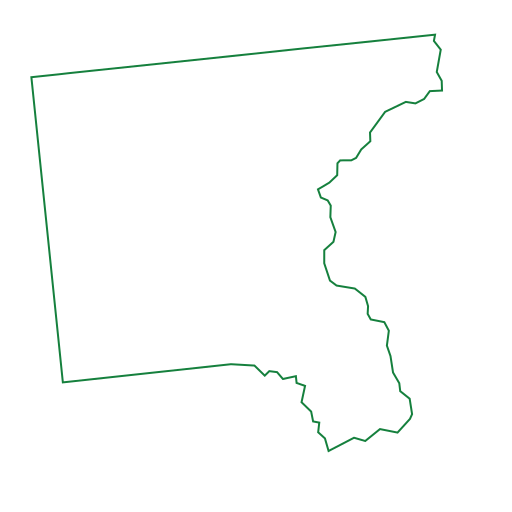 the district of Whitman, Washington, United States of America, rotated 264°
{"feature_id": "52423323B58326499473481", "entity_name": "Whitman", "entity_type": "district", "adm_level": 2, "iso_a3": "USA", "parent_name": "United States of America", "parent_adm1": "Washington", "projection": "mercator", "projection_center": [-117.62, 46.839], "detail": "fine", "context": "isolated", "style": "outline", "palette": "green", "viewbox_px": 512, "rotation_deg": 264, "n_neighbors": 0, "source": "geoboundaries", "source_scale": "gbopen_adm2", "svg_char_len": 1131}
<svg xmlns="http://www.w3.org/2000/svg" viewBox="0 0 512 512"><g transform="rotate(264 256 256)"><path d="M457.4,116.0L457.4,102.6L457.4,89.3L457.3,78.8L457.3,67.9L457.3,51.3L196.2,50.8L150.5,50.7L151.0,219.8L147.2,243.0L136.1,252.2L140.1,257.2L138.3,264.8L130.9,269.9L132.3,283.1L125.5,283.1L121.7,291.2L105.8,286.0L95.5,294.6L85.5,295.5L83.7,301.5L74.2,299.4L67.4,305.5L54.5,307.8L65.0,334.5L60.6,345.3L70.9,361.2L65.6,378.3L77.9,392.1L82.4,394.7L98.0,393.9L106.5,385.3L114.5,385.2L125.8,380.1L142.4,379.3L153.2,376.8L167.8,380.3L176.8,376.7L180.9,363.5L186.8,361.0L194.4,362.2L203.9,360.5L213.3,350.9L218.2,333.0L223.8,327.0L241.6,323.1L254.7,324.5L262.0,334.5L271.5,337.7L286.8,334.0L298.3,335.6L303.8,333.1L307.4,326.6L315.8,324.6L321.3,336.6L327.9,345.2L339.7,346.7L342.3,349.7L341.2,360.8L343.1,365.8L351.0,371.8L358.2,381.7L366.9,382.3L385.9,399.5L393.6,421.1L391.1,430.5L394.6,439.6L401.8,446.1L401.1,458.3L410.8,459.0L420.1,455.0L441.9,461.3L451.3,455.4L457.4,457.2L457.4,439.4L457.4,436.1L457.4,435.0L457.4,401.2L457.5,324.3L457.4,268.3L457.4,263.2L457.4,116.0Z" fill="none" stroke="#15803d" stroke-width="2"/></g></svg>